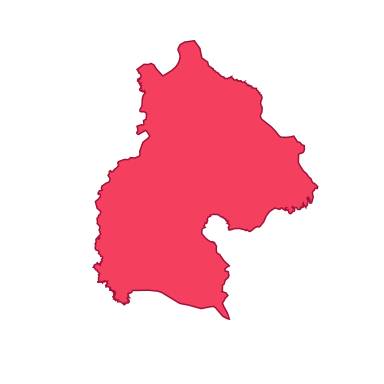 Mueang Kalasin, Kalasin, Thailand, rotated 30°
{"feature_id": "78962969B94633890836153", "entity_name": "Mueang Kalasin", "entity_type": "district", "adm_level": 2, "iso_a3": "THA", "parent_name": "Thailand", "parent_adm1": "Kalasin", "projection": "orthographic", "projection_center": [103.542, 16.504], "detail": "fine", "context": "isolated", "style": "filled", "palette": "rose", "viewbox_px": 384, "rotation_deg": 30, "n_neighbors": 0, "source": "geoboundaries", "source_scale": "gbopen_adm2", "svg_char_len": 6036}
<svg xmlns="http://www.w3.org/2000/svg" viewBox="0 0 384 384"><g transform="rotate(30 192 192)"><path d="M297.5,142.2L296.5,140.8L295.8,140.8L294.8,139.7L294.9,139.0L296.1,139.8L296.1,138.9L296.9,139.9L297.7,139.7L299.7,142.7L300.7,142.0L300.9,141.2L299.5,135.8L296.8,132.7L296.4,131.8L296.5,130.1L297.0,129.5L296.7,127.2L298.8,126.3L298.2,124.5L293.6,123.3L292.8,123.7L291.6,123.5L288.2,121.0L285.6,120.6L282.1,118.9L278.0,118.1L271.6,114.8L269.3,113.2L265.6,106.2L265.7,105.3L268.3,102.6L268.6,101.1L267.9,98.6L266.0,95.7L263.6,96.2L260.7,95.1L257.6,95.9L256.8,95.0L252.1,92.7L250.2,94.7L246.4,97.5L241.9,99.9L240.6,100.0L238.9,99.7L234.7,97.9L228.3,96.0L215.8,94.1L214.0,92.9L212.7,90.9L212.5,87.8L210.7,84.0L207.9,81.8L206.7,80.2L205.5,75.2L203.5,73.4L202.6,73.6L201.5,73.1L201.2,72.3L200.1,72.8L199.3,71.7L197.1,71.4L196.0,70.0L194.2,71.1L192.3,71.3L192.2,71.8L190.7,70.6L189.6,70.7L188.9,71.5L187.7,70.9L187.7,71.8L186.8,71.9L184.9,70.7L182.3,70.7L182.3,70.3L181.7,71.3L180.6,71.8L179.0,71.2L178.5,71.7L178.3,71.5L177.7,72.1L176.0,72.5L176.2,73.0L175.8,73.0L174.6,72.1L173.4,73.6L171.8,73.9L171.0,73.2L169.0,73.0L168.7,72.4L168.5,73.3L167.8,73.2L167.8,74.1L166.7,74.8L166.1,76.2L164.7,76.5L163.5,77.4L162.9,77.3L162.4,76.5L159.2,77.1L154.6,75.8L152.5,76.1L151.5,75.6L149.4,75.6L148.9,74.7L143.4,74.5L140.4,71.6L133.5,71.0L127.0,63.7L118.4,59.8L110.6,65.9L108.1,70.3L108.2,74.4L108.8,75.9L112.5,78.8L114.1,80.8L115.4,84.8L115.7,88.7L115.3,92.0L113.8,96.7L110.2,103.6L108.5,106.1L99.5,103.2L95.5,101.0L92.3,101.1L90.3,103.5L86.6,105.4L83.1,113.4L85.7,114.6L86.3,115.5L87.9,115.3L90.0,117.1L90.3,118.0L89.6,119.9L90.3,120.1L88.7,121.4L89.4,121.8L89.0,122.4L89.5,123.2L90.8,122.7L91.5,124.1L92.6,124.3L93.2,123.7L93.0,124.8L93.7,125.4L94.9,125.7L94.5,125.1L95.1,125.1L95.4,127.5L96.0,127.6L95.2,129.1L96.2,130.1L97.5,130.1L97.7,129.3L98.1,129.8L98.7,129.3L99.2,129.7L99.5,129.1L100.7,129.4L100.6,128.6L101.2,129.3L101.9,129.2L101.4,132.7L102.5,136.4L105.7,142.6L105.7,146.0L106.3,147.9L107.6,148.1L110.7,146.3L112.6,146.6L114.0,147.7L115.8,152.0L114.3,154.4L116.3,157.1L116.4,157.8L115.9,158.6L114.4,159.1L111.5,162.6L114.4,165.5L114.5,168.4L115.9,169.1L116.9,168.9L120.9,161.9L123.1,162.4L127.4,164.7L127.2,166.9L124.7,173.5L126.4,183.0L128.2,185.4L128.4,187.3L125.4,191.3L121.6,192.9L120.7,195.8L117.2,197.6L113.1,202.5L113.2,204.1L115.1,205.6L114.8,208.3L113.4,211.7L113.2,213.9L112.6,214.7L110.7,214.3L110.1,215.4L111.2,217.5L111.0,219.6L114.4,221.4L115.1,223.5L115.0,225.1L113.2,227.3L111.0,232.0L111.5,233.8L113.3,235.4L111.2,237.2L111.2,240.0L112.1,240.9L112.8,240.0L113.7,240.0L114.9,241.7L114.4,245.1L113.1,248.6L118.1,253.6L122.8,254.5L123.6,257.6L122.8,258.9L123.4,260.5L122.9,262.0L123.6,263.4L125.0,264.9L125.6,266.7L129.8,268.0L130.6,271.4L134.1,274.3L133.1,277.4L133.6,277.8L135.0,277.7L135.0,279.3L134.5,279.7L132.9,279.1L132.5,281.1L134.1,283.4L134.0,285.4L135.4,286.4L135.7,288.1L136.6,289.5L137.9,290.2L140.6,289.7L141.2,290.2L141.6,291.7L144.2,292.4L145.3,293.4L146.5,292.7L147.3,293.2L147.6,294.4L147.2,295.5L148.8,296.9L147.8,298.3L148.8,299.4L148.1,300.4L149.1,301.2L148.3,301.4L147.4,300.5L146.8,301.3L145.4,300.6L145.2,302.1L143.8,304.5L144.5,305.6L144.2,306.6L145.6,306.3L147.3,307.5L148.9,307.1L149.5,307.9L153.0,308.9L152.4,310.5L153.6,311.3L153.9,313.0L155.8,316.1L155.3,316.9L155.6,317.2L156.5,316.9L157.5,315.4L158.4,315.7L158.7,314.9L160.1,315.4L159.7,313.9L160.8,313.8L160.7,312.6L161.9,313.0L163.3,311.5L163.9,313.5L164.9,313.6L164.5,314.5L164.9,315.8L164.1,315.5L163.8,315.9L165.0,317.2L165.6,316.4L168.8,315.4L169.1,315.6L169.0,316.6L170.3,316.8L169.7,317.6L169.9,318.2L171.5,317.3L172.7,317.9L173.1,316.9L173.7,317.1L174.4,318.3L175.5,317.7L174.8,316.8L175.6,317.0L176.1,317.9L175.1,319.2L175.6,319.6L176.2,319.3L175.9,320.3L177.1,320.4L176.9,321.4L176.1,321.6L175.9,322.4L177.4,322.9L178.2,322.8L177.8,323.8L179.8,323.4L179.6,324.0L180.2,324.2L180.6,323.3L182.0,322.5L182.5,324.2L185.1,322.8L188.7,323.3L189.0,322.3L189.7,323.4L190.3,322.3L190.0,321.5L192.2,320.0L192.6,318.3L191.7,317.6L191.0,318.4L190.8,316.6L190.3,316.9L189.1,316.5L189.4,314.8L190.1,314.6L188.7,314.2L188.8,313.3L187.9,313.1L187.3,311.8L187.5,311.3L188.5,311.2L189.8,309.3L189.8,307.0L204.0,298.5L211.9,295.0L216.3,294.1L236.1,294.6L238.1,294.3L245.4,291.7L258.2,288.4L265.5,282.0L268.4,280.2L270.7,280.6L280.8,284.2L285.5,284.1L287.9,283.4L283.0,279.0L276.4,275.0L273.7,272.8L274.1,271.4L273.9,267.3L274.9,263.7L271.9,262.4L267.6,263.2L267.8,262.6L267.4,261.7L265.1,257.6L265.8,255.7L264.9,251.7L266.2,247.4L265.6,246.6L265.8,245.9L263.1,242.8L260.6,243.9L259.1,242.5L259.6,240.0L261.3,237.3L254.1,235.6L247.1,232.3L244.0,232.4L241.8,229.8L240.3,226.7L236.6,224.6L235.9,224.5L235.6,225.4L234.4,224.8L233.5,225.6L230.5,225.8L226.5,225.1L221.2,223.1L219.3,219.2L219.7,217.8L221.1,216.0L219.2,215.4L219.4,214.2L218.8,211.9L220.3,211.8L219.7,208.6L218.7,208.2L218.6,205.7L220.1,203.9L219.4,203.1L221.3,200.9L226.0,198.5L229.5,199.0L231.2,198.3L231.4,198.8L232.8,198.6L233.5,199.0L234.7,198.5L235.2,199.4L236.6,200.0L237.5,199.0L238.3,200.0L238.2,200.7L238.6,200.2L239.2,200.7L239.1,201.5L241.2,202.1L241.2,204.8L242.9,205.8L242.6,206.1L243.0,206.4L243.4,205.7L244.1,205.8L244.9,204.4L245.3,204.5L246.8,202.7L251.2,199.9L256.7,198.4L258.0,198.5L258.3,197.3L261.5,197.5L262.4,196.6L264.6,191.0L266.0,189.1L266.8,189.2L268.0,188.2L269.0,182.3L268.3,175.4L268.9,170.2L271.8,164.4L276.7,163.2L276.9,161.5L278.0,160.9L278.3,161.3L282.4,161.2L282.4,160.5L281.0,159.5L281.0,158.9L281.5,158.6L281.3,159.2L281.7,159.8L283.1,160.1L284.0,159.6L284.0,160.1L284.9,160.2L286.8,161.8L288.4,161.4L288.9,159.9L288.8,158.5L290.0,157.9L290.1,156.5L289.5,155.7L287.5,155.5L287.1,155.2L286.6,155.3L286.5,155.1L286.7,154.8L286.4,154.9L286.3,154.6L286.8,154.7L287.5,155.5L290.5,153.2L292.0,154.2L294.1,153.4L294.6,152.0L293.8,150.4L295.0,150.5L296.0,149.2L293.9,147.0L294.4,146.5L294.1,146.3L294.1,146.1L294.9,147.0L298.3,148.5L297.8,147.4L298.3,146.9L298.4,145.4L297.6,143.8L297.5,142.2Z" fill="#f43f5e" stroke="#9f1239" stroke-width="1.5"/></g></svg>